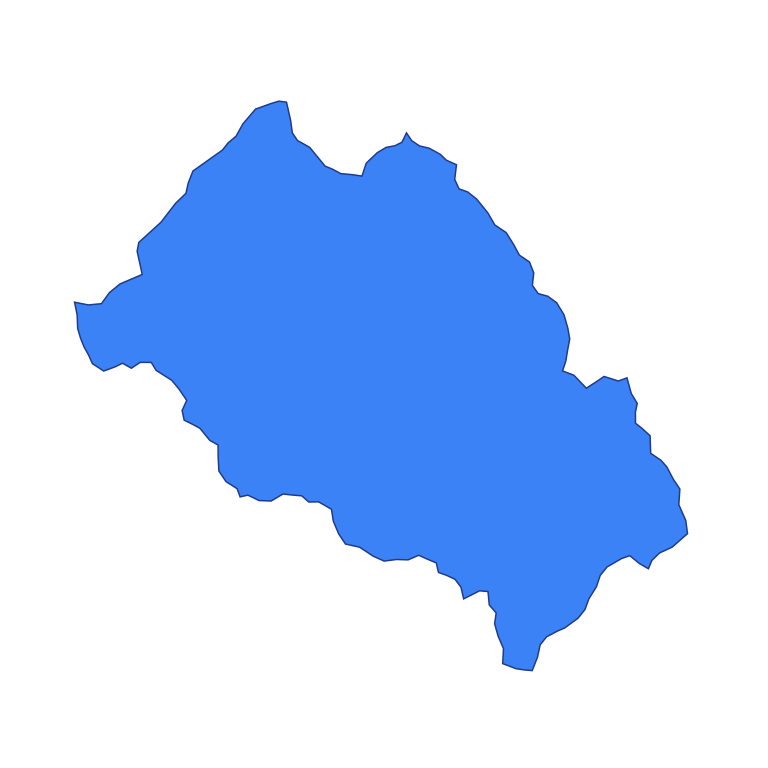 outline of São Sebastião da Grama, São Paulo, Brazil, rotated 185°
{"feature_id": "56859067B74553829999023", "entity_name": "São Sebastião da Grama", "entity_type": "district", "adm_level": 2, "iso_a3": "BRA", "parent_name": "Brazil", "parent_adm1": "São Paulo", "projection": "robinson", "projection_center": [-46.755, -21.751], "detail": "fine", "context": "isolated", "style": "filled", "palette": "blue", "viewbox_px": 768, "rotation_deg": 185, "n_neighbors": 0, "source": "geoboundaries", "source_scale": "gbopen_adm2", "svg_char_len": 2155}
<svg xmlns="http://www.w3.org/2000/svg" viewBox="0 0 768 768"><g transform="rotate(185 384 384)"><path d="M699.4,438.5L695.7,426.1L694.0,412.6L690.3,403.2L685.9,394.6L680.9,387.2L676.2,378.8L664.3,372.5L653.3,377.7L646.3,381.9L637.0,377.7L628.8,384.3L617.7,385.2L612.2,377.7L595.8,369.2L588.0,361.3L579.1,350.5L582.8,340.0L579.9,330.5L572.5,327.7L563.6,323.9L552.6,312.6L544.0,308.8L542.8,296.3L540.9,282.9L532.9,273.0L521.2,266.9L517.5,259.0L509.9,261.4L498.3,257.0L486.2,257.6L475.1,265.6L466.2,265.4L456.1,265.4L448.7,259.9L438.9,260.9L425.4,254.6L422.5,242.9L416.0,230.6L408.4,221.2L394.1,219.3L379.7,211.5L368.4,207.6L356.1,210.3L344.7,210.9L334.5,216.4L326.8,213.7L316.3,210.3L313.3,201.0L305.5,199.0L296.3,195.7L289.6,188.3L285.9,176.9L270.8,186.3L262.3,186.3L259.9,173.1L252.3,165.7L252.9,154.9L248.4,142.9L241.9,130.8L241.4,115.8L227.6,111.9L219.2,111.4L211.4,111.4L207.3,125.1L205.7,137.8L200.0,146.3L189.8,152.9L182.8,156.7L170.3,167.6L164.1,176.9L161.2,187.8L154.7,200.6L151.9,212.2L145.8,221.2L132.3,230.7L124.2,234.4L113.9,227.4L104.5,223.0L101.8,231.5L94.8,239.7L82.6,246.7L68.6,261.4L71.5,274.4L79.8,289.5L80.1,305.1L87.6,314.5L94.9,325.9L101.4,332.1L112.3,338.2L114.4,355.6L123.0,362.2L130.0,366.8L131.1,377.7L130.0,386.7L136.8,396.0L142.5,411.3L150.8,407.4L165.4,410.7L173.0,404.5L182.1,397.5L195.6,409.3L207.3,412.6L204.9,422.5L204.0,434.2L202.9,445.1L205.7,455.5L210.7,468.6L219.1,480.0L228.5,485.7L238.3,487.5L244.8,495.2L244.5,507.7L249.7,518.2L260.4,524.2L266.9,534.1L275.5,545.5L287.5,552.1L295.3,563.3L307.7,576.2L317.4,582.6L326.3,585.0L331.4,594.0L330.9,608.7L341.4,612.4L347.9,617.7L359.5,622.8L369.5,624.3L377.7,628.9L383.5,636.1L387.1,626.5L393.9,622.3L402.5,619.9L410.8,613.9L420.9,602.5L424.1,589.2L434.0,589.8L445.4,589.8L454.0,593.5L461.6,595.9L469.5,603.9L478.7,613.3L491.4,619.0L497.2,626.2L500.0,638.5L505.7,656.3L513.4,656.6L521.1,653.5L535.9,646.7L547.2,630.9L552.9,618.1L560.4,610.5L565.3,603.0L592.9,579.5L596.6,566.8L597.9,556.7L607.2,546.1L620.3,525.7L640.6,503.7L641.5,494.7L634.4,472.1L655.7,460.7L665.5,451.1L672.5,439.4L685.4,437.0L699.4,438.5Z" fill="#3b82f6" stroke="#1e3a8a" stroke-width="1.5"/></g></svg>